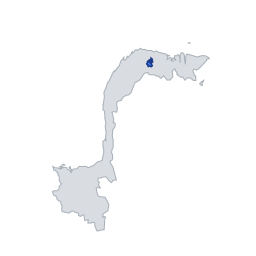 Bao Lam, Lâm Đồng, Vietnam shown in context, rotated 222°
{"feature_id": "81297802B89982379831919", "entity_name": "Bao Lam", "entity_type": "district", "adm_level": 2, "iso_a3": "VNM", "parent_name": "Vietnam", "parent_adm1": "Lâm Đồng", "projection": "mercator", "projection_center": [107.768, 11.64], "detail": "fine", "context": "in_parent", "style": "filled", "palette": "blue", "viewbox_px": 256, "rotation_deg": 222, "n_neighbors": 0, "source": "geoboundaries", "source_scale": "gbopen_adm2", "svg_char_len": 5879}
<svg xmlns="http://www.w3.org/2000/svg" viewBox="0 0 256 256"><g transform="rotate(222 128 128)"><path d="M158.1,49.2L155.9,49.4L153.5,51.3L150.4,52.5L149.6,55.9L147.0,57.5L145.8,56.8L143.2,57.5L140.4,56.7L141.3,60.7L138.5,63.7L138.8,65.7L138.1,67.2L133.2,71.6L131.8,71.6L130.7,72.4L128.4,77.5L128.1,81.8L127.0,84.2L126.0,85.3L125.7,86.6L129.4,93.3L131.9,96.0L134.2,97.4L137.8,101.4L137.3,102.5L137.5,104.7L135.9,104.0L136.1,104.3L138.1,105.5L141.1,109.8L146.4,114.3L147.2,116.5L152.3,120.2L152.2,120.7L155.8,123.7L156.2,124.8L158.9,124.7L161.4,128.1L162.2,128.2L162.5,129.6L166.5,135.4L169.8,138.4L171.5,143.7L173.5,147.8L173.5,150.1L176.5,160.0L176.3,161.3L175.7,160.1L175.8,163.8L176.3,165.8L176.0,168.2L178.1,172.8L178.4,177.8L176.9,175.7L175.3,177.2L176.5,180.8L175.2,180.4L175.3,185.3L175.9,186.9L175.7,187.6L175.0,186.3L174.5,188.6L175.0,190.2L174.1,191.9L172.8,192.0L172.1,195.6L169.8,195.9L168.2,197.6L166.1,198.2L162.3,201.3L159.8,201.8L158.5,204.3L156.4,204.6L148.3,208.8L147.4,207.8L145.9,207.4L144.8,205.1L144.0,208.8L143.4,209.0L142.1,208.3L141.0,206.9L139.3,207.9L141.2,208.2L141.7,209.1L141.4,210.2L137.3,210.2L141.0,211.7L141.8,212.7L140.0,214.5L140.0,215.8L139.2,216.3L137.1,215.2L132.8,211.3L137.9,216.9L138.8,219.4L137.6,220.5L136.2,220.6L133.8,218.9L129.9,214.9L128.6,214.4L133.1,220.1L133.8,221.3L133.3,222.8L124.1,227.0L121.6,231.1L118.7,233.5L115.7,234.2L114.0,234.0L115.7,231.9L114.7,231.1L115.0,219.9L115.8,216.9L118.4,215.8L118.5,215.1L117.5,213.4L115.4,212.8L114.4,211.5L112.5,212.0L109.3,208.6L111.2,207.1L115.1,206.9L117.8,204.5L117.5,201.9L117.8,201.6L121.5,202.5L122.8,201.0L127.6,200.5L128.9,202.3L130.1,202.0L132.3,203.2L133.2,203.2L132.8,201.5L133.2,199.8L129.0,196.2L128.9,191.4L129.9,191.2L131.0,189.7L136.5,190.7L136.7,187.0L140.6,186.6L141.5,185.6L143.8,185.2L147.7,182.0L149.3,181.8L150.2,182.6L151.7,181.1L152.4,178.7L151.3,171.7L153.1,166.0L149.3,156.2L149.8,152.8L150.9,151.6L152.1,148.7L152.0,145.6L151.4,144.0L152.4,142.9L153.7,140.1L152.5,138.2L148.6,134.9L147.0,132.3L150.1,130.1L150.2,128.8L143.8,124.4L142.7,122.0L141.1,123.0L140.0,122.4L138.5,120.1L137.9,115.7L136.8,115.0L134.7,111.9L131.0,109.1L126.7,104.4L125.8,103.0L125.3,100.9L123.5,98.4L121.8,97.9L118.7,94.7L118.4,93.4L119.2,91.2L117.1,90.0L113.3,89.0L101.9,81.6L104.2,79.0L103.6,76.6L103.8,76.2L107.0,76.1L111.5,77.1L113.6,75.1L114.6,72.9L116.2,71.2L116.2,70.2L115.1,68.5L113.0,68.5L111.9,66.0L108.4,65.0L110.7,63.3L111.4,62.0L108.2,59.4L104.8,57.6L101.8,58.8L99.4,60.9L98.3,61.2L91.0,58.3L87.5,52.8L88.9,48.3L88.9,46.7L87.5,45.9L87.1,44.8L86.0,46.7L84.9,46.7L83.8,43.4L82.5,42.6L77.6,36.3L79.1,35.0L81.4,31.4L82.3,30.7L87.3,33.2L89.3,35.3L91.5,33.9L91.5,33.1L94.1,30.5L96.4,33.2L98.1,30.3L102.6,33.9L103.3,33.2L104.1,30.7L105.4,30.0L106.3,29.9L107.5,31.3L108.5,31.4L110.6,29.9L112.9,29.7L114.3,28.3L114.8,25.5L115.3,25.0L121.0,21.8L123.2,23.5L124.7,25.9L126.7,26.6L128.8,28.2L130.4,27.9L131.0,27.4L133.0,27.5L134.8,29.1L138.4,28.4L141.7,30.3L140.6,32.4L139.0,33.4L138.5,34.5L138.6,36.8L140.0,38.3L140.1,42.2L141.0,41.9L144.3,43.1L145.6,45.0L147.2,46.1L148.5,46.2L149.6,47.7L150.7,47.2L151.2,47.9L153.6,47.7L155.2,47.1L158.1,49.2ZM104.3,208.9L104.4,211.2L103.6,214.0L102.7,211.0L101.3,209.2L103.2,208.4L104.3,208.9ZM153.0,53.5L151.1,55.4L150.3,55.4L151.3,52.8L153.0,53.5ZM145.2,60.5L144.6,60.5L143.5,59.3L144.1,58.7L145.3,59.2L145.6,59.7L145.2,60.5ZM151.9,57.8L151.1,58.2L150.2,58.2L152.3,56.2L151.9,57.8ZM141.9,57.8L142.7,59.8L141.6,58.8L141.9,57.8ZM147.4,208.1L145.9,209.7L145.8,208.9L147.4,208.1ZM139.9,232.5L138.8,232.5L140.0,231.6L139.9,232.5Z" fill="#d9dde1" stroke="#a8b0b8" stroke-width="1"/><path d="M154.8,187.5L154.7,187.5L154.5,187.4L154.4,187.5L154.2,187.4L154.2,187.5L154.0,187.8L153.9,187.9L153.8,188.0L153.7,188.1L153.4,188.2L153.4,188.3L153.3,188.5L153.2,188.6L152.9,188.7L152.8,188.8L152.7,188.8L152.5,189.0L152.3,189.2L152.3,189.3L152.2,189.3L152.2,189.2L151.9,189.1L151.9,189.4L151.8,189.5L151.7,189.7L151.6,189.9L151.5,190.0L151.6,190.3L151.5,190.5L151.4,190.4L151.5,190.5L151.8,190.6L152.1,190.6L152.3,190.6L152.5,190.7L152.8,190.8L153.0,190.8L153.3,191.0L153.6,191.1L153.5,191.3L153.8,191.4L153.8,191.6L153.8,191.8L154.0,191.9L154.0,192.0L153.9,192.0L154.1,192.7L154.3,192.9L154.3,193.3L154.4,193.2L154.5,193.2L154.8,192.8L155.0,192.7L155.3,192.5L155.5,192.4L155.5,192.2L155.4,192.1L155.5,192.1L155.4,192.0L155.2,192.0L155.1,191.9L155.0,191.7L154.9,191.6L154.7,191.6L154.8,191.5L154.8,191.4L154.9,191.2L155.0,191.2L155.1,191.3L155.3,191.4L155.4,191.5L155.5,191.7L155.6,191.8L155.9,191.9L156.0,191.9L156.2,192.0L156.3,192.0L156.4,191.8L156.5,191.9L156.7,192.0L156.9,191.9L157.0,191.9L157.0,192.0L156.9,192.3L156.8,192.5L156.7,192.7L156.7,192.8L156.8,192.8L156.9,193.0L156.7,193.2L156.5,193.3L156.4,193.3L156.3,193.2L156.2,193.3L156.1,193.2L155.9,193.1L155.8,193.4L155.8,193.5L155.8,193.8L155.7,194.1L155.4,194.1L154.9,194.1L155.3,194.4L155.3,194.5L155.5,194.7L155.6,194.8L155.6,194.7L155.7,194.8L155.7,195.1L156.9,195.2L157.2,195.3L157.6,195.3L157.5,195.2L157.4,195.1L157.3,194.9L157.2,194.8L157.2,194.6L157.0,194.4L156.9,194.3L156.9,194.2L156.8,193.7L157.0,193.6L156.9,193.4L157.0,193.3L156.9,193.3L157.0,193.3L157.1,193.2L157.2,193.3L157.2,193.2L157.2,193.3L157.3,193.2L157.3,193.3L157.4,193.2L157.4,192.9L157.6,192.8L157.5,192.7L157.6,192.4L157.8,192.3L157.7,192.3L157.5,192.2L157.6,191.9L157.7,191.7L157.6,191.4L157.8,191.2L157.9,190.9L158.0,190.8L158.1,190.7L158.0,190.4L157.8,190.2L157.5,190.1L157.4,190.0L157.4,189.9L157.3,189.7L157.2,189.8L157.2,189.7L157.3,189.6L157.2,189.5L157.2,189.4L157.1,189.2L157.1,188.9L157.0,188.7L157.1,188.8L157.1,188.7L157.1,188.4L157.1,188.2L156.9,188.1L156.7,188.1L156.4,188.1L156.2,188.0L155.9,188.2L155.8,188.3L155.7,188.3L155.4,188.4L155.2,188.3L155.1,188.2L154.9,188.1L154.7,188.0L154.8,188.0L154.8,187.9L154.7,187.7L154.8,187.7L154.8,187.5Z" fill="#3b82f6" stroke="#1e3a8a" stroke-width="1.5"/></g></svg>